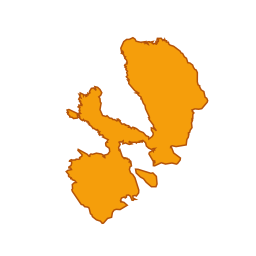 outline of Banggai Kepulauan, Sulawesi Tengah, Indonesia, rotated 122°
{"feature_id": "22746128B2571336805106", "entity_name": "Banggai Kepulauan", "entity_type": "district", "adm_level": 2, "iso_a3": "IDN", "parent_name": "Indonesia", "parent_adm1": "Sulawesi Tengah", "projection": "albers", "projection_center": [123.185, -1.399], "detail": "fine", "context": "isolated", "style": "filled", "palette": "amber", "viewbox_px": 256, "rotation_deg": 122, "n_neighbors": 0, "source": "geoboundaries", "source_scale": "gbopen_adm2", "svg_char_len": 5888}
<svg xmlns="http://www.w3.org/2000/svg" viewBox="0 0 256 256"><g transform="rotate(122 128 128)"><path d="M127.6,66.8L125.7,67.6L125.0,76.0L121.5,80.7L122.1,81.5L121.1,82.0L119.7,81.2L118.3,77.4L111.5,69.7L106.6,72.0L103.9,72.0L100.4,73.3L101.2,73.4L100.0,74.2L99.1,73.4L96.9,74.1L93.8,73.9L90.0,76.9L87.2,77.4L86.8,77.9L87.2,77.5L87.9,77.4L87.4,78.0L86.0,78.7L85.6,78.6L86.3,77.7L82.0,80.3L80.3,80.1L80.0,82.1L79.4,82.0L78.8,83.3L76.3,81.4L74.6,78.0L72.5,75.7L64.2,74.5L62.5,75.0L61.1,76.9L61.0,79.0L56.9,83.0L56.9,86.1L55.1,89.2L54.3,89.4L54.2,91.5L52.1,93.7L44.3,98.5L42.7,100.9L42.9,102.5L41.8,104.8L40.4,106.5L40.1,109.9L40.9,111.9L37.9,115.4L37.8,117.9L35.9,121.2L36.2,122.7L35.2,124.6L34.5,132.6L35.4,136.2L35.2,137.9L33.9,139.2L34.7,141.0L33.6,141.6L34.2,142.6L33.4,143.8L34.4,143.5L34.4,144.7L35.3,144.8L34.3,147.3L36.4,150.6L37.9,150.1L36.9,149.0L38.6,148.1L39.2,149.1L40.1,148.6L40.1,150.0L41.2,149.4L40.2,148.8L40.4,148.4L41.8,148.3L42.4,150.7L43.3,151.0L43.2,152.7L41.4,152.6L43.5,154.7L44.2,154.5L43.4,155.0L43.6,155.9L46.1,158.6L45.7,157.5L46.0,157.4L45.9,155.8L46.3,155.3L46.3,158.3L47.1,158.4L46.5,159.1L47.5,159.9L45.9,159.4L48.0,162.0L48.1,161.3L50.1,167.1L48.9,169.2L48.8,171.7L52.2,173.9L53.6,176.1L57.0,177.4L64.1,176.4L67.2,173.5L66.6,172.7L65.8,173.0L66.2,172.1L66.8,171.7L68.0,172.8L68.0,170.8L69.6,168.6L69.1,167.9L70.6,167.6L71.1,165.4L72.6,163.6L73.4,163.2L73.4,163.7L74.2,163.9L73.5,163.4L74.3,162.9L75.6,164.1L76.8,164.0L76.9,163.0L77.7,162.9L77.1,162.1L78.2,161.9L78.7,160.2L78.8,160.9L79.6,160.7L80.1,158.5L81.7,158.5L83.5,156.2L85.4,156.6L86.5,152.7L87.0,152.5L87.5,153.7L88.5,151.6L89.9,150.9L92.7,142.1L92.7,137.3L93.4,137.5L93.5,139.5L94.1,140.0L93.7,138.4L94.7,136.4L94.8,133.4L96.2,132.6L95.7,132.3L98.9,128.1L99.8,125.6L102.4,123.3L107.4,115.6L108.3,116.0L108.5,115.0L109.4,114.9L112.1,107.9L113.5,107.0L115.3,102.4L114.9,106.0L115.5,108.3L117.5,107.0L118.8,104.1L120.4,103.1L122.4,103.0L126.3,104.5L124.5,105.9L125.0,108.6L123.8,112.6L124.5,116.6L124.0,120.5L124.3,121.9L126.1,122.2L124.3,122.5L124.8,124.4L126.8,124.9L126.1,126.2L127.0,127.8L126.0,127.7L125.7,128.6L127.0,131.6L126.5,131.7L126.6,133.5L127.9,135.1L126.5,139.6L126.1,137.7L125.6,141.2L126.2,141.8L126.5,140.5L127.9,141.2L128.0,143.9L128.9,145.4L128.4,146.8L129.4,148.9L128.7,152.3L129.9,152.8L130.9,156.2L127.3,161.5L121.1,164.0L120.7,165.2L117.8,167.5L117.1,169.3L114.9,168.5L112.0,168.9L110.2,172.2L109.6,175.3L110.5,178.0L113.0,175.0L112.3,178.4L113.8,180.1L117.5,180.0L118.3,178.9L119.4,179.4L119.7,180.5L121.0,179.5L121.7,180.9L122.7,179.9L123.5,180.4L122.6,181.3L123.3,183.1L123.9,183.0L123.2,183.6L123.6,187.1L125.6,186.0L125.6,186.9L127.4,184.1L127.5,185.2L129.7,185.1L130.4,182.6L131.0,183.1L131.9,181.0L133.0,180.4L132.2,180.3L132.8,179.2L133.3,179.1L133.2,180.0L133.9,179.2L133.2,180.6L133.8,180.1L134.6,181.8L135.7,180.9L136.8,182.0L136.1,179.7L137.7,179.3L138.5,178.2L139.2,178.6L140.4,176.7L140.3,177.5L140.7,177.5L140.9,176.0L142.4,177.6L143.6,187.9L145.1,189.2L146.0,187.8L146.9,187.8L146.3,186.8L147.2,186.6L147.1,187.2L148.1,186.5L148.6,183.8L149.5,183.3L148.5,180.7L148.9,179.3L146.5,176.3L145.7,176.1L143.8,177.9L143.1,176.0L144.1,174.8L144.8,175.6L145.8,172.3L145.7,170.4L144.4,170.3L145.1,168.5L144.4,168.2L144.0,166.3L144.5,166.0L143.8,165.1L144.3,164.2L145.0,165.2L144.7,163.1L145.4,162.3L145.8,162.6L145.9,159.8L147.0,157.3L146.3,156.8L146.6,154.5L145.6,153.1L145.9,152.2L146.1,152.1L145.7,153.0L146.4,153.4L146.2,151.5L147.3,151.1L146.3,150.0L148.5,149.6L149.0,148.5L148.1,148.5L148.4,147.4L147.3,145.9L148.2,144.2L149.0,144.6L148.4,138.6L150.9,138.7L151.1,138.0L152.1,139.0L153.1,138.7L154.8,137.2L155.1,133.1L157.7,131.0L161.0,131.3L163.5,133.6L164.6,133.2L164.6,132.7L165.1,132.0L165.4,131.9L165.3,134.2L164.1,134.5L164.2,136.9L166.1,141.5L169.1,144.1L169.7,145.7L170.8,146.1L172.3,145.4L172.6,146.1L171.9,148.6L172.5,158.9L173.5,158.6L175.0,152.8L176.5,152.2L178.7,153.4L179.6,152.5L180.7,153.2L181.9,155.5L182.8,155.5L184.6,158.0L184.9,159.3L186.6,160.2L187.2,160.0L186.3,158.2L187.5,157.2L189.9,156.4L192.5,157.5L193.2,156.9L192.4,155.4L193.2,153.9L195.7,156.5L197.7,157.3L199.0,153.4L200.2,153.1L200.6,152.1L200.4,150.4L201.2,149.8L200.5,149.4L201.4,147.9L200.8,145.3L201.6,143.0L203.0,144.6L205.5,145.3L208.9,142.8L210.1,142.9L211.2,141.6L217.6,127.2L217.0,125.2L217.7,123.1L216.4,120.2L216.6,118.5L220.6,114.4L220.8,112.6L222.0,111.2L222.6,106.1L221.6,102.0L222.5,99.4L221.7,98.4L215.5,97.4L212.4,94.6L207.8,96.5L204.9,96.3L203.2,94.9L201.4,91.5L193.9,87.7L193.2,92.2L194.7,95.6L193.6,94.7L193.4,96.0L190.8,96.4L188.6,94.7L188.7,95.0L188.4,94.1L188.8,93.3L187.4,92.7L185.9,93.6L184.5,92.1L184.6,89.9L187.1,86.4L186.6,85.3L185.5,85.3L184.5,83.8L184.7,86.7L183.1,87.9L181.5,86.4L181.3,84.9L177.4,84.6L174.9,86.0L166.6,95.7L165.0,99.2L164.7,102.0L162.5,104.8L159.9,105.7L158.3,105.0L154.8,108.0L154.7,109.0L156.9,106.6L155.5,108.6L155.9,109.0L154.6,109.3L154.0,110.9L154.7,111.7L154.4,112.4L155.1,112.2L154.4,112.6L154.8,114.6L155.2,115.3L155.6,114.6L156.0,115.0L155.1,118.0L150.9,123.1L151.8,123.0L151.7,123.8L149.4,125.7L146.1,125.9L144.8,128.1L143.7,127.4L143.7,126.4L141.5,125.3L144.1,124.0L142.0,122.2L141.3,118.3L139.5,116.4L139.3,119.7L138.7,119.6L138.5,117.2L137.7,117.7L138.2,117.0L136.2,114.3L136.3,112.9L135.5,113.0L133.9,110.6L133.3,111.1L132.4,108.5L131.7,108.7L132.2,110.2L130.6,108.8L131.2,105.3L133.5,102.9L134.1,99.9L133.7,96.5L132.2,95.8L131.2,94.5L132.2,94.9L132.5,93.8L133.7,94.7L134.3,94.3L134.1,95.0L137.3,96.9L138.9,96.5L143.2,88.3L142.3,88.6L142.4,88.0L141.9,88.0L141.8,87.2L142.0,87.8L142.7,87.2L142.8,88.1L144.2,87.3L144.2,88.0L146.5,86.5L145.9,85.3L139.8,81.4L138.7,77.1L134.4,72.2L133.0,67.9L131.9,67.2L127.6,66.8ZM164.4,83.8L165.4,77.0L163.0,73.2L160.1,73.7L154.0,78.3L152.9,83.1L154.3,84.6L157.7,97.6L158.9,99.8L161.8,97.2L163.0,91.5L162.8,87.9L164.4,83.8Z" fill="#f59e0b" stroke="#b45309" stroke-width="1.5"/></g></svg>